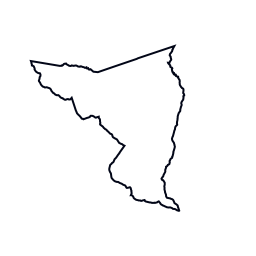 outline of Turrialba, Cartago, Costa Rica, rotated 341°
{"feature_id": "36466004B38119903555726", "entity_name": "Turrialba", "entity_type": "district", "adm_level": 2, "iso_a3": "CRI", "parent_name": "Costa Rica", "parent_adm1": "Cartago", "projection": "robinson", "projection_center": [-83.562, 9.784], "detail": "fine", "context": "isolated", "style": "outline", "palette": "ink", "viewbox_px": 256, "rotation_deg": 341, "n_neighbors": 0, "source": "geoboundaries", "source_scale": "gbopen_adm2", "svg_char_len": 5747}
<svg xmlns="http://www.w3.org/2000/svg" viewBox="0 0 256 256"><g transform="rotate(341 128 128)"><path d="M149.2,222.9L149.5,222.8L149.6,220.2L149.5,219.4L149.7,217.6L149.6,217.1L149.3,216.7L148.9,215.9L148.3,215.2L147.5,214.1L147.5,212.7L147.4,212.2L147.4,211.3L147.2,210.6L146.6,209.7L145.6,209.0L145.1,208.4L142.2,206.7L141.9,205.8L141.8,204.9L142.2,203.5L142.1,200.8L142.3,200.3L142.5,197.9L143.1,196.4L143.4,194.8L144.2,193.7L144.9,191.7L144.4,189.3L144.2,188.8L143.7,188.6L143.5,188.4L143.2,187.6L143.2,186.8L143.5,186.5L144.0,186.2L144.5,185.7L145.1,185.5L145.6,185.1L146.3,184.0L148.8,181.7L149.2,181.1L149.4,180.2L149.6,179.7L150.9,178.1L151.2,177.7L151.4,177.0L152.7,176.7L153.4,176.2L153.6,175.9L155.0,175.7L155.3,175.6L155.7,175.1L155.9,174.6L156.3,174.1L156.5,172.9L156.6,172.7L157.3,172.2L157.8,171.4L158.8,170.9L159.9,170.6L160.3,170.1L160.5,169.4L160.8,169.3L161.2,168.9L161.7,168.0L162.5,166.9L162.7,166.2L163.1,165.7L163.3,165.0L163.7,164.6L165.3,162.4L166.2,161.0L166.3,160.4L166.3,159.7L166.5,158.8L166.5,157.6L166.6,157.0L165.9,154.4L165.9,153.7L166.0,152.6L166.1,152.4L167.2,150.9L167.8,150.4L170.1,147.0L170.9,145.7L172.0,144.5L172.6,143.2L173.4,142.1L173.7,141.9L175.5,141.0L175.7,140.5L175.7,139.7L176.1,138.9L176.2,138.4L176.8,137.5L177.6,136.1L177.7,135.5L178.1,135.0L178.7,133.4L179.1,132.7L180.8,130.4L181.6,129.9L182.2,129.3L182.6,129.2L183.0,128.8L183.3,127.8L183.7,127.2L184.1,126.5L184.6,125.9L184.9,125.3L185.9,124.2L186.3,123.6L186.4,122.0L186.8,121.3L187.0,121.0L187.8,120.4L188.4,119.8L189.4,119.2L190.1,117.8L190.3,117.6L190.7,115.9L191.7,115.6L191.9,115.2L191.9,113.8L191.6,113.2L191.6,112.8L192.8,110.3L192.9,110.0L193.0,109.2L193.0,108.9L192.6,108.3L192.0,107.7L192.0,107.3L191.6,106.7L191.4,105.7L191.1,104.4L191.1,103.7L191.4,102.8L191.6,101.8L192.2,100.5L192.3,99.8L192.4,99.3L192.2,98.9L191.7,96.5L191.8,96.3L192.1,96.1L192.1,95.8L191.7,95.5L190.7,94.9L190.3,94.5L190.2,94.2L190.6,93.6L190.5,93.0L190.4,92.9L190.1,92.8L189.9,93.1L189.7,93.1L189.3,92.7L188.8,92.1L188.8,91.7L189.3,91.6L189.4,90.9L189.1,90.7L188.5,90.5L188.4,90.3L188.3,89.9L188.6,89.4L188.6,89.2L188.3,88.8L188.3,88.2L188.5,87.7L188.6,86.7L188.8,86.4L189.3,86.1L189.3,85.7L189.1,85.2L188.0,84.2L188.0,83.4L188.3,82.8L188.3,82.4L187.9,81.7L187.2,80.1L187.1,79.8L187.1,79.3L188.4,79.8L188.6,79.4L189.1,79.1L189.8,78.4L191.0,77.6L191.2,77.2L191.3,76.3L191.2,75.5L191.5,74.9L191.5,74.2L191.1,73.1L191.1,72.8L191.2,72.6L192.0,71.5L193.2,70.9L194.0,70.2L194.6,69.9L194.8,69.6L195.3,68.6L195.8,68.4L196.2,67.7L198.5,65.6L160.1,65.3L158.7,65.5L134.2,65.4L117.7,65.4L113.6,63.5L111.7,60.2L111.2,60.1L111.1,60.3L110.4,60.2L110.2,60.1L110.0,59.5L109.8,58.9L109.8,58.5L109.3,58.5L109.0,58.6L108.7,58.5L108.5,58.1L108.5,57.1L107.0,57.2L106.0,56.1L104.8,55.4L104.0,54.6L103.1,54.2L102.9,54.2L102.7,54.4L102.2,54.3L101.2,53.8L100.8,53.6L99.6,52.2L98.4,51.7L97.8,51.7L96.4,51.4L96.2,51.1L95.0,50.5L94.6,50.7L94.0,50.7L93.3,50.4L92.3,49.7L92.0,49.2L91.1,48.2L90.5,47.6L90.4,46.9L89.0,46.6L88.3,46.6L87.2,47.2L86.9,47.4L86.4,47.4L86.1,47.2L85.7,47.4L85.6,47.6L83.6,47.0L58.0,33.1L58.0,34.7L57.8,35.2L57.8,36.6L57.5,37.6L58.2,38.1L59.0,39.1L59.0,40.1L59.1,40.6L59.1,41.3L58.7,42.3L59.3,44.6L60.2,45.9L61.1,46.9L62.4,47.5L62.6,47.7L62.6,48.1L62.6,49.2L62.3,49.9L61.9,50.6L61.1,51.1L60.6,52.1L60.4,52.6L59.1,54.3L59.1,54.9L59.6,56.3L59.8,58.5L60.3,59.9L60.8,60.8L61.2,61.4L61.8,61.7L62.6,62.6L63.3,62.8L64.4,63.0L65.9,64.2L66.6,64.7L67.2,65.4L67.6,66.4L67.7,68.0L68.2,69.1L68.4,70.1L69.4,71.2L70.1,72.7L70.5,73.1L71.5,73.9L72.9,74.3L73.6,75.5L74.0,76.7L74.4,77.3L75.1,78.1L75.9,78.5L76.1,78.8L76.2,79.3L77.5,80.7L78.2,81.0L79.8,80.9L80.3,81.0L81.0,81.3L81.4,81.8L82.3,82.1L82.8,82.1L84.6,81.1L84.4,94.7L84.5,95.2L84.6,97.5L85.1,98.7L85.6,99.7L85.8,100.1L86.2,100.7L86.3,101.2L86.6,101.8L87.1,103.2L87.1,103.5L87.4,104.2L87.7,104.4L88.5,104.7L88.7,105.2L90.0,105.2L92.7,105.1L93.2,105.2L94.8,105.2L95.5,105.1L96.4,104.4L96.7,104.3L98.5,105.0L99.4,105.9L100.6,107.6L101.4,107.8L101.7,107.8L102.0,107.7L104.0,107.8L103.9,108.1L103.7,108.6L103.7,109.1L104.2,110.3L104.2,111.1L103.7,112.7L103.5,114.2L103.2,114.7L102.9,115.0L102.8,115.3L102.9,115.9L104.4,118.1L104.7,118.6L105.2,120.2L105.7,120.8L106.0,121.6L107.0,122.6L107.3,123.5L107.4,123.9L107.9,124.6L109.4,127.7L110.3,128.3L110.5,128.5L110.8,129.5L110.7,130.6L110.7,131.2L110.8,131.7L111.0,132.1L111.5,132.6L112.0,133.4L112.8,134.0L113.0,134.4L113.8,135.2L114.8,139.2L115.0,139.3L115.9,140.4L117.1,141.3L117.4,141.7L117.8,142.5L118.9,143.6L111.8,148.7L111.5,149.2L111.0,149.4L109.9,150.1L107.1,152.2L105.1,153.2L103.4,155.2L102.8,155.6L101.5,155.9L100.7,156.5L99.6,156.9L99.1,157.2L98.8,157.6L98.4,158.3L97.7,159.3L97.0,160.5L96.7,161.4L96.6,162.2L96.7,163.8L96.8,164.4L97.0,165.0L97.0,165.7L96.4,168.5L96.3,169.1L96.3,170.2L97.4,172.8L98.2,174.0L99.0,174.7L100.0,175.4L101.1,175.8L101.3,176.0L102.4,177.4L103.9,178.6L105.0,180.1L106.5,181.3L106.8,182.0L107.1,183.8L107.3,184.2L108.3,184.5L110.0,184.6L110.5,184.6L111.0,185.7L110.8,187.3L110.8,188.4L110.8,188.7L110.5,189.1L110.5,189.4L110.2,190.9L108.9,192.4L109.4,192.5L109.8,193.1L110.2,193.6L110.5,194.3L110.6,194.8L110.6,195.9L110.9,196.6L112.1,198.3L113.2,199.1L114.0,199.5L114.7,200.1L116.0,200.5L116.4,201.0L116.6,201.1L117.1,201.3L118.7,201.3L120.2,201.5L120.3,202.6L120.9,203.3L123.4,204.9L124.2,205.4L125.4,205.9L125.8,206.3L126.5,206.7L128.1,207.2L128.9,207.3L129.1,207.6L131.4,207.8L132.0,207.5L133.2,207.4L134.0,209.5L134.1,210.3L134.4,211.0L135.0,211.7L135.5,212.2L135.7,212.6L136.3,213.0L137.2,213.9L137.6,214.3L138.4,215.0L139.1,215.7L140.0,216.1L140.7,216.5L141.4,216.6L142.2,216.9L143.0,217.6L143.6,218.1L144.1,219.0L144.6,219.3L145.9,219.8L147.0,221.0L147.6,221.8L149.2,222.9Z" fill="none" stroke="#020617" stroke-width="2"/></g></svg>